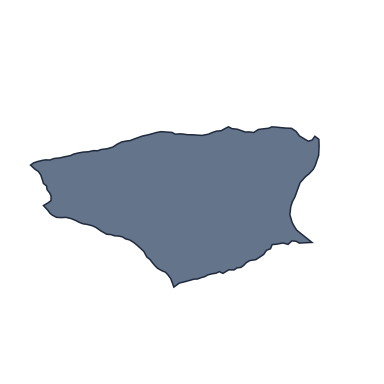 the district of Nantes, São Paulo, Brazil, rotated 241°
{"feature_id": "56859067B3251407102794", "entity_name": "Nantes", "entity_type": "district", "adm_level": 2, "iso_a3": "BRA", "parent_name": "Brazil", "parent_adm1": "São Paulo", "projection": "mercator", "projection_center": [-51.197, -22.601], "detail": "fine", "context": "isolated", "style": "filled", "palette": "slate", "viewbox_px": 384, "rotation_deg": 241, "n_neighbors": 0, "source": "geoboundaries", "source_scale": "gbopen_adm2", "svg_char_len": 2143}
<svg xmlns="http://www.w3.org/2000/svg" viewBox="0 0 384 384"><g transform="rotate(241 192 192)"><path d="M293.8,63.8L288.0,65.7L284.6,67.5L280.4,68.0L275.0,67.0L271.4,66.2L267.9,67.7L264.3,66.4L260.5,67.0L256.9,66.8L252.8,64.5L252.3,60.6L252.2,55.5L248.8,56.3L245.6,57.1L242.1,57.5L239.3,58.7L235.5,61.2L232.7,65.7L231.0,69.4L227.3,73.4L223.3,76.6L220.3,78.5L217.0,81.3L214.7,84.3L211.0,88.3L207.6,90.8L202.0,93.5L196.4,96.9L194.1,100.4L191.2,103.1L189.0,106.5L186.5,109.4L183.3,111.1L180.2,114.3L176.2,116.5L172.3,118.1L167.6,119.7L163.2,121.1L160.2,121.0L156.9,121.0L153.5,122.5L149.3,123.1L145.4,123.9L141.9,124.9L137.6,127.6L134.9,129.8L131.7,130.7L126.6,131.4L121.8,130.7L117.6,130.0L118.5,136.8L117.2,141.4L115.8,147.2L114.7,151.8L113.2,154.7L112.7,158.4L111.8,161.9L111.8,165.6L110.6,170.3L109.3,173.6L109.1,177.3L105.8,179.6L106.1,186.4L103.5,190.9L103.8,194.5L102.3,198.3L102.8,201.8L103.9,205.2L104.0,209.3L101.9,215.0L102.2,219.7L102.7,224.6L104.9,228.9L104.3,233.1L107.1,236.6L105.2,241.1L103.2,247.0L99.6,250.6L100.8,255.7L98.3,259.3L95.3,261.0L93.8,264.2L91.8,268.3L89.7,272.5L102.3,267.3L107.9,265.1L111.8,264.8L116.8,264.8L120.6,265.7L124.5,266.5L131.2,271.2L134.9,275.2L137.8,279.6L147.7,291.0L150.4,298.6L151.2,303.3L153.0,309.0L155.6,312.8L162.7,320.6L170.7,325.5L176.6,328.5L181.2,326.5L179.2,322.3L180.0,318.4L184.7,315.6L188.9,313.2L194.6,312.4L199.5,309.9L202.4,305.1L205.1,301.1L207.6,297.6L210.3,293.4L210.6,290.0L212.4,285.7L214.5,280.4L214.1,274.8L216.8,271.2L218.5,267.8L221.1,265.5L225.0,262.0L228.1,257.6L231.3,255.6L231.5,252.0L231.5,247.1L233.3,243.1L234.1,239.2L234.6,234.5L236.6,228.3L239.0,224.5L242.0,219.9L244.1,216.1L246.4,213.1L248.5,210.1L250.6,205.5L253.8,203.4L255.5,200.8L257.3,198.0L259.8,194.2L261.3,189.6L262.2,185.7L263.4,181.0L265.0,175.7L265.6,172.0L266.5,166.4L267.0,162.7L268.5,159.1L269.9,154.5L270.1,149.8L269.7,144.5L271.0,138.7L273.2,133.2L273.9,129.3L275.9,126.0L277.5,120.7L279.6,116.3L281.3,111.4L282.5,107.0L282.8,103.1L284.6,97.6L286.0,92.7L288.2,87.6L288.8,83.4L291.2,79.3L292.3,76.2L293.5,71.8L294.3,67.5L293.8,63.8Z" fill="#64748b" stroke="#1e293b" stroke-width="1.5"/></g></svg>